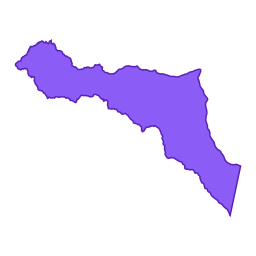 Puerres, Nariño, Colombia
{"feature_id": "7082276B46740439042483", "entity_name": "Puerres", "entity_type": "district", "adm_level": 2, "iso_a3": "COL", "parent_name": "Colombia", "parent_adm1": "Nariño", "projection": "natural_earth1", "projection_center": [-77.42, 0.8], "detail": "fine", "context": "isolated", "style": "filled", "palette": "violet", "viewbox_px": 256, "rotation_deg": 0, "n_neighbors": 0, "source": "geoboundaries", "source_scale": "gbopen_adm2", "svg_char_len": 5601}
<svg xmlns="http://www.w3.org/2000/svg" viewBox="0 0 256 256"><path d="M17.3,62.2L16.8,62.8L15.8,63.6L15.4,64.8L15.8,65.8L16.8,66.4L17.3,67.0L17.5,67.8L18.0,68.7L18.9,69.2L20.0,69.5L20.7,69.9L21.1,69.5L21.5,69.4L22.2,68.7L23.3,69.1L24.4,68.5L25.5,68.8L26.3,68.4L26.8,68.6L27.5,70.6L28.1,71.6L27.9,72.5L28.0,73.6L28.6,74.6L28.6,75.3L30.1,76.1L30.7,76.8L31.2,76.7L31.3,77.3L31.6,77.5L32.1,77.3L32.5,76.6L33.2,76.9L34.0,76.9L34.4,77.2L34.5,79.0L34.2,80.2L34.2,80.9L35.0,82.2L35.1,83.6L36.0,84.5L36.3,85.3L37.2,86.0L37.9,88.1L38.1,89.5L38.7,90.0L40.1,90.5L40.6,90.4L41.2,90.9L42.3,90.9L43.1,92.0L43.5,93.0L44.6,93.3L45.2,93.7L45.4,94.6L46.4,95.7L46.7,96.5L47.3,97.5L47.5,98.3L47.9,98.3L48.6,97.3L49.2,97.1L50.6,98.0L51.1,97.9L52.2,98.0L53.2,97.7L54.6,98.0L55.3,96.8L56.0,96.5L57.5,97.1L58.4,97.3L59.3,97.1L60.6,97.1L61.8,96.7L64.9,97.1L65.4,97.4L65.9,98.1L66.3,98.3L67.1,98.0L67.6,97.6L68.3,97.9L68.8,98.6L69.5,98.8L69.8,99.4L70.1,99.5L70.2,100.4L72.3,100.6L74.6,102.1L75.8,102.6L76.1,102.1L76.4,101.9L76.7,100.6L77.2,99.9L77.2,99.4L77.7,99.5L78.3,99.1L80.7,95.9L81.6,95.2L82.2,95.2L82.9,95.6L86.2,95.6L87.1,95.9L87.7,95.8L90.1,96.8L90.9,96.9L92.9,96.3L93.3,95.9L93.2,95.7L93.7,94.7L95.1,94.3L96.0,94.5L96.7,94.9L98.9,95.6L99.1,96.3L99.7,96.8L101.1,98.7L102.5,99.3L102.9,99.1L103.6,99.2L103.7,100.2L103.3,100.8L103.5,101.1L104.2,101.0L105.0,100.2L105.4,100.5L106.8,100.0L107.1,100.3L107.6,101.3L107.7,102.0L107.8,103.4L107.5,104.2L107.6,105.5L107.9,106.0L108.3,108.2L108.5,108.7L109.6,108.6L111.8,109.1L113.3,108.7L115.5,109.4L116.4,109.4L116.7,109.6L117.9,111.7L120.1,112.2L121.7,114.0L123.0,114.2L125.0,113.3L125.3,113.6L125.8,113.7L127.1,115.0L127.9,115.3L128.6,116.6L130.8,119.3L132.9,120.9L133.3,121.4L133.5,122.9L137.1,123.9L137.8,124.5L138.8,124.6L139.7,125.1L140.6,126.3L141.3,126.8L141.7,127.7L141.5,130.3L142.3,131.7L144.2,130.8L144.8,129.4L146.5,127.2L148.8,127.1L150.0,126.3L150.7,126.5L151.7,125.8L152.4,125.8L154.0,126.4L154.4,126.2L154.6,125.8L155.0,125.8L156.0,126.3L157.5,127.6L158.6,128.0L159.6,129.4L160.2,130.8L161.0,132.5L161.3,134.1L162.4,135.5L162.6,136.0L162.7,136.6L162.1,137.7L162.1,138.7L163.0,140.2L163.3,141.4L163.4,142.9L163.1,143.6L163.2,144.2L163.7,144.9L164.4,145.2L164.8,145.7L164.5,148.5L164.7,150.1L165.4,152.1L165.1,154.1L165.7,155.6L166.8,157.3L167.6,158.0L168.5,158.3L169.6,158.2L170.9,157.6L172.9,157.9L173.8,157.8L176.4,159.7L179.2,161.3L180.6,161.9L181.4,161.8L181.9,162.0L182.4,162.8L182.3,163.4L182.7,164.1L184.0,164.8L184.5,165.4L184.8,166.5L184.8,168.3L185.3,168.9L186.2,169.2L187.8,169.2L190.1,169.9L191.1,169.6L192.7,169.7L193.4,170.1L194.0,170.8L194.5,171.6L194.7,172.7L194.9,173.0L195.3,173.2L196.8,172.9L197.5,173.1L198.0,173.8L198.4,174.9L199.5,175.8L200.0,176.6L199.9,177.4L200.0,178.2L201.6,182.5L201.9,182.9L202.9,183.0L203.5,183.4L203.8,183.9L204.8,187.8L205.2,188.4L206.9,188.9L207.3,189.5L207.8,191.1L208.4,191.8L209.9,192.3L211.7,195.8L214.4,198.1L216.7,199.8L217.7,200.3L218.3,201.6L218.5,202.3L219.0,202.8L220.2,203.3L222.7,204.9L223.1,205.8L224.5,207.3L227.3,209.4L229.4,213.5L229.6,214.9L230.1,215.5L240.6,166.0L236.1,164.3L234.4,164.8L231.7,164.5L230.9,164.5L227.4,162.6L225.2,160.3L223.8,156.7L222.6,154.6L221.3,153.1L220.6,151.3L218.6,149.9L217.9,149.9L215.6,147.0L214.9,145.7L214.6,144.2L213.9,142.0L211.6,138.8L209.9,135.8L209.7,131.9L209.2,130.5L208.0,128.9L207.5,128.0L207.4,125.2L207.0,124.6L205.7,120.0L206.2,115.8L206.9,113.3L206.7,110.5L205.7,106.4L205.5,104.2L206.0,102.3L207.3,100.5L207.6,99.7L207.5,98.5L204.4,94.6L203.6,92.7L203.4,91.1L203.1,90.2L201.4,88.2L200.1,86.3L199.1,81.4L198.6,79.8L198.4,79.8L198.2,79.2L198.0,78.4L198.2,77.1L199.1,75.4L200.6,71.5L200.6,69.6L200.0,69.3L199.3,69.2L197.5,69.6L194.3,70.7L192.4,71.7L190.8,71.9L189.5,72.3L186.6,74.0L184.8,74.3L183.3,75.0L182.2,75.2L178.4,76.9L176.1,77.0L173.9,76.4L170.6,76.4L166.3,74.8L164.3,74.4L163.8,74.0L161.0,73.9L157.8,73.3L157.3,73.0L156.9,72.4L156.2,71.9L156.0,70.9L154.9,70.1L154.2,70.4L153.6,70.4L152.1,71.5L151.5,71.2L150.9,71.4L150.3,71.2L149.5,71.3L148.2,70.2L147.3,70.3L146.0,69.6L145.6,69.8L144.1,69.9L143.8,69.7L143.2,70.1L142.7,69.8L141.2,69.7L140.6,69.2L139.6,68.9L139.3,68.4L138.2,67.5L137.7,66.3L136.9,66.0L135.6,66.6L133.0,66.7L132.5,66.5L131.3,66.6L130.3,66.3L129.9,66.1L128.4,65.8L127.3,66.1L126.4,66.0L125.5,66.3L124.8,66.9L124.0,67.1L123.9,67.4L122.4,68.6L121.1,69.1L119.7,69.1L118.9,69.4L117.7,70.4L117.4,71.2L117.0,71.3L114.8,73.1L113.4,73.8L109.5,74.0L108.7,73.4L106.9,72.6L105.5,72.5L104.7,72.1L103.9,71.2L102.3,70.1L102.2,68.5L102.5,67.2L100.4,65.9L99.7,64.5L99.5,64.3L97.5,65.0L96.2,65.0L95.3,64.8L94.9,65.1L94.3,66.3L93.1,67.5L90.4,68.0L88.9,67.2L87.1,67.1L86.7,67.3L86.5,67.9L86.2,68.0L85.0,67.5L84.2,67.7L83.7,68.4L82.4,69.4L81.6,69.1L80.0,69.5L78.8,69.5L77.4,69.1L76.8,68.1L75.5,66.9L74.4,67.0L72.8,66.1L72.2,65.9L71.9,64.5L72.2,63.5L71.7,62.8L71.4,61.2L70.7,59.0L70.2,58.3L69.4,57.7L68.3,57.4L66.9,56.3L64.6,55.6L63.9,54.2L62.7,53.9L62.4,52.3L61.4,51.3L59.8,50.7L57.8,50.8L56.1,49.3L55.8,48.2L55.9,47.5L55.3,46.6L55.0,44.9L54.2,44.3L53.9,43.5L53.5,43.4L52.0,43.9L51.5,43.6L51.2,42.0L51.2,40.5L50.8,40.8L49.5,41.2L48.8,43.1L48.4,43.7L47.8,43.5L46.0,41.7L45.1,42.8L44.2,42.9L43.8,42.2L42.8,41.3L41.8,41.0L40.5,41.9L39.9,41.8L39.3,42.6L38.5,42.5L38.5,43.3L38.2,43.3L37.9,42.9L37.7,43.0L37.0,43.9L36.0,44.7L35.7,45.3L35.4,45.6L34.3,45.6L34.0,46.0L33.3,46.1L32.2,46.8L31.1,46.4L30.5,46.5L30.0,47.2L29.7,48.4L28.7,49.5L28.8,50.9L28.6,51.2L28.0,51.4L26.7,54.5L26.0,55.2L25.0,55.5L23.5,56.7L22.8,56.8L22.4,57.7L21.6,57.9L20.8,60.8L20.3,61.3L18.9,61.1L18.5,61.3L18.0,62.2L17.3,62.2Z" fill="#8b5cf6" stroke="#5b21b6" stroke-width="1.5"/></svg>